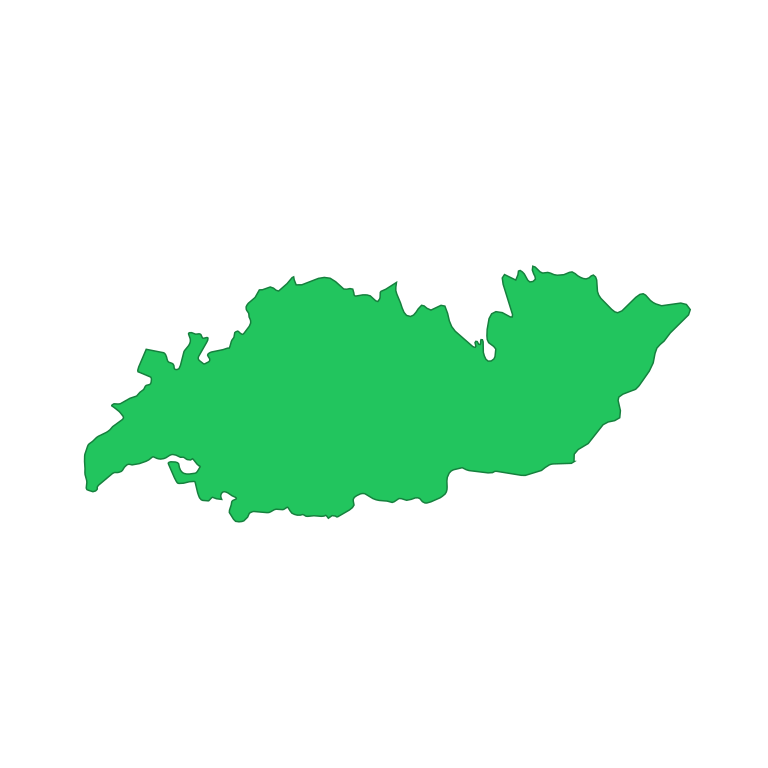 map outline of Jalal-Abad (Albers equal-area conic projection), rotated 164°
{"feature_id": "KGZ-1120", "entity_name": "Jalal-Abad", "entity_type": "Region", "adm_level": 1, "iso_a3": "KGZ", "parent_name": "Kyrgyzstan", "parent_adm1": "", "projection": "albers", "projection_center": [73.017, 41.512], "detail": "fine", "context": "isolated", "style": "filled", "palette": "green", "viewbox_px": 768, "rotation_deg": 164, "n_neighbors": 0, "source": "natural_earth", "source_scale": "10m", "svg_char_len": 6165}
<svg xmlns="http://www.w3.org/2000/svg" viewBox="0 0 768 768"><g transform="rotate(164 384 384)"><path d="M179.0,285.7L184.6,284.5L204.1,270.5L215.4,267.5L220.5,264.1L222.7,257.3L222.2,257.1L225.7,256.1L243.6,260.6L245.3,260.8L247.3,260.7L252.1,259.3L256.4,257.5L273.3,257.2L277.0,258.3L299.5,268.9L301.5,269.5L304.1,268.9L308.5,269.9L326.2,277.4L328.6,279.0L331.9,282.0L340.8,282.4L343.3,281.9L345.9,280.4L348.9,276.8L350.3,273.4L351.7,267.7L352.5,265.3L353.8,263.1L355.6,261.4L358.8,260.0L361.2,259.2L371.4,257.8L375.7,257.8L377.5,258.4L379.5,260.3L381.2,264.1L382.9,265.3L385.3,265.9L389.5,265.6L394.3,266.0L398.9,269.0L401.2,269.8L406.7,268.0L408.8,267.9L413.3,270.6L420.7,273.4L423.5,274.9L426.2,276.9L432.6,283.8L434.5,284.6L436.8,284.9L441.0,284.2L443.8,283.2L445.4,281.5L445.8,279.9L446.2,275.9L448.4,273.9L452.0,272.4L465.1,269.1L466.1,269.3L467.2,270.5L470.2,271.8L474.5,270.3L475.4,272.7L475.9,273.5L476.5,273.9L477.4,273.6L478.8,273.7L480.8,274.1L487.7,276.7L493.8,277.8L495.4,278.4L497.3,280.4L498.2,281.0L500.6,281.0L503.6,281.9L506.1,283.4L508.2,285.3L509.2,287.8L510.2,291.3L510.5,292.0L511.1,292.2L514.9,291.1L516.2,291.2L522.2,293.4L524.2,293.4L528.2,292.4L530.1,292.2L531.9,292.6L544.4,297.4L545.9,297.5L548.0,297.2L549.2,296.7L551.8,293.6L556.4,291.1L558.5,291.0L561.4,291.5L564.5,292.9L565.9,295.4L568.1,303.1L567.3,305.3L564.2,309.9L562.9,312.6L562.2,313.3L561.4,313.7L558.0,314.2L557.6,314.5L557.5,315.2L558.0,316.0L560.9,318.5L564.0,322.3L565.7,323.7L567.2,324.5L568.4,324.6L569.5,324.2L570.6,323.4L571.4,322.3L571.8,321.2L572.0,320.0L571.8,317.8L576.7,319.9L580.1,322.4L581.0,322.2L584.6,320.1L585.1,320.1L590.4,322.1L591.6,323.1L592.7,325.5L593.0,328.2L593.1,331.0L592.6,341.9L593.3,342.7L598.1,343.7L604.0,343.9L608.4,344.9L609.4,345.4L610.0,346.2L610.5,347.8L611.3,351.6L613.2,366.1L613.2,367.4L612.2,368.0L610.4,368.0L606.0,366.5L604.2,365.3L603.4,363.9L603.7,360.0L603.4,357.3L602.8,355.7L602.0,354.3L600.9,353.2L598.4,351.8L595.8,351.1L590.2,350.3L589.2,350.4L587.6,351.3L583.5,355.1L583.8,356.2L584.3,356.2L585.8,358.5L587.8,363.4L588.6,364.9L590.9,364.3L594.0,365.6L595.0,366.6L596.3,368.3L597.2,369.0L599.9,369.7L603.6,373.0L606.5,374.5L608.1,374.7L609.7,374.5L614.0,373.2L616.2,373.0L619.4,373.4L621.3,374.2L622.8,375.1L625.8,377.6L626.7,377.7L631.0,375.9L634.1,375.3L641.1,374.9L648.5,375.7L650.4,376.8L651.8,377.3L653.5,377.1L656.4,375.6L659.2,373.1L660.6,372.4L663.3,372.2L664.9,372.4L667.3,373.2L669.5,372.9L686.5,365.3L688.1,363.9L688.5,362.2L688.9,361.7L690.7,360.7L693.5,360.7L697.4,363.3L698.7,364.4L698.9,366.1L696.7,371.5L696.4,373.4L696.3,379.4L695.9,381.3L694.7,385.2L693.2,392.1L691.6,397.3L690.9,398.9L686.2,405.7L685.2,406.9L684.0,407.7L679.9,409.2L675.1,411.8L672.9,412.5L664.3,414.0L662.3,414.6L660.1,415.5L656.6,417.8L645.7,421.8L644.3,422.6L643.7,423.5L643.7,424.9L645.6,429.5L646.3,430.8L650.1,436.1L651.7,438.0L651.6,438.5L650.9,438.9L649.0,439.4L645.0,438.0L643.0,437.7L632.1,440.3L625.1,440.6L620.9,443.3L616.5,445.0L614.1,447.6L612.9,448.2L609.3,448.1L608.3,448.7L607.4,449.8L606.3,452.5L606.1,453.7L606.4,455.0L617.1,463.6L616.9,465.1L615.1,468.0L603.0,482.9L587.2,474.8L586.5,474.0L585.9,472.6L585.6,469.9L585.7,467.5L585.6,465.7L585.0,464.4L582.1,462.3L581.2,461.2L580.9,459.5L581.3,457.1L581.2,456.1L580.5,455.5L579.1,454.9L576.9,455.2L574.6,457.9L567.4,470.2L566.5,471.1L561.3,474.7L559.7,476.3L558.6,477.9L558.1,479.4L557.8,480.8L558.1,485.6L558.0,486.3L557.5,486.8L556.7,486.9L554.8,486.4L551.3,483.8L547.9,483.2L547.0,482.7L546.4,482.0L545.9,478.8L545.6,478.1L544.9,477.7L541.4,477.5L540.7,477.1L540.6,476.5L541.4,474.7L543.1,472.8L554.7,461.5L555.4,460.3L555.6,459.3L555.2,457.7L552.0,453.3L551.5,452.9L550.7,452.8L546.6,453.6L545.7,454.0L545.1,454.6L544.6,456.2L545.4,458.9L545.6,460.3L545.1,461.1L544.4,461.6L542.4,462.2L540.9,462.3L529.2,461.4L524.6,461.6L523.0,461.1L521.7,462.6L519.1,466.9L518.1,468.1L515.4,470.2L513.3,474.5L512.1,475.0L510.2,475.2L509.4,474.6L508.5,472.9L507.1,471.2L506.4,470.8L505.6,470.8L504.8,471.2L497.6,476.6L495.4,479.3L494.8,481.4L494.8,482.9L495.2,485.6L494.6,488.8L494.7,489.7L495.7,492.8L495.8,493.8L495.3,496.1L494.1,497.5L492.2,499.0L484.1,502.7L477.9,508.8L474.8,508.1L466.6,508.6L463.8,506.6L461.9,503.9L459.7,502.4L449.5,507.2L443.0,511.6L441.3,511.9L441.6,508.9L441.1,503.5L435.7,502.0L417.9,503.6L412.0,502.9L406.6,500.5L402.3,495.7L396.5,486.4L393.8,485.4L390.4,485.1L387.9,483.8L387.9,479.6L388.2,478.5L388.1,477.6L387.7,476.8L387.0,476.3L379.7,475.5L375.8,474.3L372.9,472.5L369.0,466.2L367.2,465.0L364.7,467.0L363.9,468.3L362.3,473.1L361.3,473.9L356.2,474.6L344.0,478.2L345.9,473.9L346.9,470.6L346.9,467.0L345.8,457.5L345.6,452.2L345.0,447.3L343.4,443.7L339.9,441.6L336.6,442.1L333.4,444.2L330.4,446.8L326.2,449.3L323.9,448.0L321.8,444.9L318.5,442.1L307.5,443.9L304.0,442.1L303.4,434.4L303.8,426.6L303.1,420.5L301.0,415.1L288.4,395.6L287.3,394.6L286.2,394.1L285.3,394.9L285.1,398.7L284.0,399.7L282.7,399.1L282.0,396.1L280.6,395.5L279.9,396.5L279.3,398.5L278.5,399.9L277.2,399.4L277.1,397.2L279.8,387.0L279.8,383.2L279.2,379.6L277.5,377.2L274.5,376.6L271.4,377.8L269.7,379.8L266.9,386.8L268.2,389.9L272.0,394.9L272.5,398.3L271.8,401.9L269.8,408.0L265.0,417.9L261.2,421.8L256.5,422.7L250.6,420.0L244.1,413.6L242.2,413.1L241.3,415.4L242.0,447.0L241.1,453.3L238.0,456.0L228.7,447.6L225.2,452.0L223.6,455.5L221.8,455.6L220.1,453.6L218.8,451.1L217.2,444.1L215.7,441.9L212.5,441.5L209.6,443.0L209.2,445.6L209.8,448.9L210.0,452.7L208.5,456.2L206.4,454.7L203.0,448.7L200.9,446.9L195.8,446.1L193.3,444.6L190.5,442.3L187.5,440.8L181.0,439.5L175.0,440.2L172.3,439.9L169.8,437.4L168.0,434.7L165.8,432.4L163.4,430.5L160.8,429.3L157.7,429.5L155.0,430.8L152.7,431.0L151.1,428.5L150.9,425.3L153.3,414.1L153.1,410.3L151.9,406.5L144.6,393.0L142.3,389.8L139.8,388.1L135.1,388.7L118.1,397.9L113.3,399.6L110.0,399.3L108.0,397.3L104.9,390.9L102.9,388.2L100.7,386.1L95.6,382.7L76.4,380.0L71.4,377.1L69.1,371.1L72.2,366.5L94.7,354.2L103.0,348.0L107.6,345.9L111.8,343.3L115.1,338.6L119.4,330.1L125.5,323.2L139.3,312.0L143.5,309.6L157.1,308.4L161.9,306.7L163.5,303.7L164.1,293.2L166.7,286.6L172.3,285.2L179.0,285.7Z" fill="#22c55e" stroke="#15803d" stroke-width="1.5"/></g></svg>